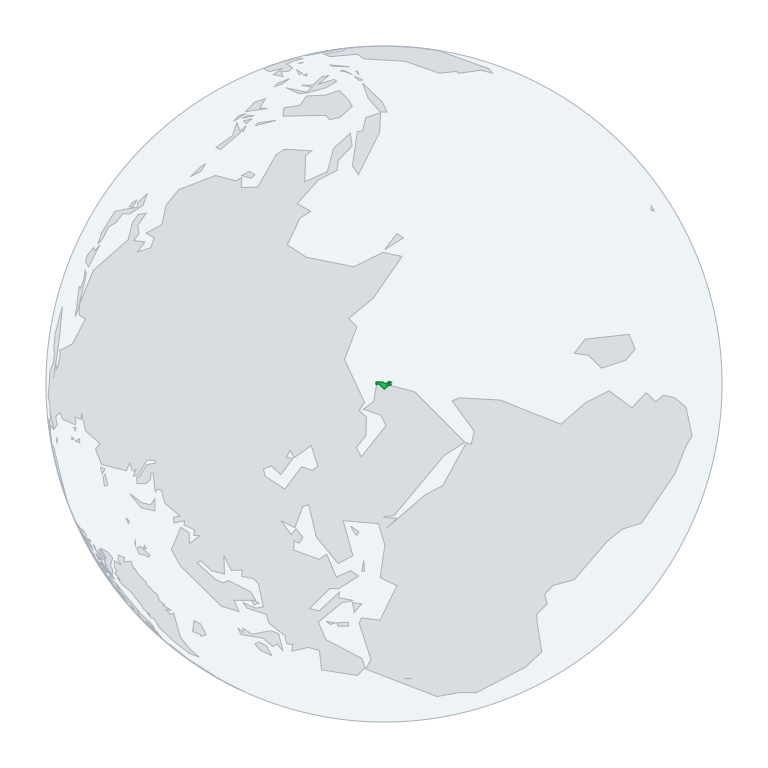 Ash Sharqiyah South highlighted on a globe, orthographic projection, rotated 244°
{"feature_id": "OMN-2406", "entity_name": "Ash Sharqiyah South", "entity_type": "Region", "adm_level": 1, "iso_a3": "OMN", "parent_name": "Oman", "parent_adm1": "", "projection": "orthographic", "projection_center": [58.929, 21.395], "detail": "fine", "context": "on_globe", "style": "filled", "palette": "green", "viewbox_px": 768, "rotation_deg": 244, "n_neighbors": 0, "source": "natural_earth", "source_scale": "10m", "svg_char_len": 11495}
<svg xmlns="http://www.w3.org/2000/svg" viewBox="0 0 768 768"><g transform="rotate(244 384 384)"><circle cx="384" cy="384" r="338" fill="#eef3f6" stroke="#a8b0b8"/><path d="M497.9,65.8L495.2,64.9L479.4,59.9L476.0,58.9L485.1,61.8L485.9,62.7L473.1,58.4L473.2,59.8L446.7,53.8L416.4,47.7L397.9,46.6L367.9,46.5L394.3,46.2L420.7,48.1L446.9,52.0L472.6,57.9L497.9,65.8ZM356.5,47.2L340.9,48.8L335.0,49.8L329.0,50.6L329.5,50.8L336.1,50.0L338.5,50.1L335.7,50.9L327.5,51.6L327.8,51.4L323.9,52.1L321.0,52.3L320.8,52.7L311.3,54.2L316.4,54.1L305.2,56.5L300.1,57.2L306.3,55.3L307.2,54.9L331.7,50.1L356.5,47.2ZM274.7,64.3L277.0,63.5L269.2,66.3L256.1,71.5L247.1,75.1L241.1,77.9L244.6,76.9L223.0,87.2L200.4,101.0L195.5,104.1L195.0,103.9L220.3,88.4L247.0,75.1L274.7,64.3ZM498.9,66.6L499.5,67.2L496.2,65.6L498.9,66.6ZM301.9,56.2L304.0,55.8L285.9,60.7L290.1,59.4L301.9,56.2ZM498.0,67.0L499.6,69.6L506.4,72.0L487.9,67.5L492.7,66.2L487.6,63.6L493.9,65.9L498.0,67.0ZM339.4,49.5L332.3,50.3L340.9,49.1L339.4,49.5ZM344.3,48.7L367.3,46.5L376.5,46.3L366.9,46.7L380.9,46.5L374.1,47.4L364.9,47.7L360.3,47.5L361.2,48.2L344.3,48.7ZM477.4,65.1L475.4,65.3L474.5,64.2L477.4,65.1ZM340.2,50.0L344.0,49.3L352.2,48.9L346.0,50.4L345.3,49.9L340.2,50.0ZM387.9,46.4L392.9,46.8L388.8,47.4L390.1,47.8L374.7,47.5L387.9,46.4ZM342.0,50.4L342.7,51.2L336.2,52.3L337.0,50.8L342.0,50.4ZM356.9,48.3L360.5,48.4L356.5,48.7L356.9,48.3ZM313.7,57.6L318.1,56.0L322.7,55.6L313.7,57.6ZM343.4,51.5L345.6,51.1L347.9,51.0L347.0,51.8L343.4,51.5ZM372.8,48.3L370.1,48.7L378.9,48.4L376.2,49.4L366.4,49.2L369.5,49.7L368.6,50.1L361.5,49.6L372.8,48.3ZM353.1,52.3L339.6,53.2L330.5,55.8L326.1,56.1L341.6,52.0L353.1,52.3ZM358.7,50.7L354.2,51.6L351.0,51.2L352.1,50.3L358.7,50.7ZM377.9,50.4L384.6,48.8L386.5,49.0L377.9,50.4ZM351.0,53.0L354.3,52.8L350.8,53.2L351.0,53.0ZM370.3,51.1L372.5,50.4L374.6,50.6L370.3,51.1ZM359.1,53.3L354.8,53.4L355.3,52.7L359.1,53.3ZM364.8,52.3L367.2,52.8L358.2,52.3L365.4,51.9L364.8,52.3ZM372.0,51.4L373.9,51.3L370.8,51.7L372.0,51.4ZM359.4,56.6L347.9,56.2L349.2,54.3L360.2,54.8L359.4,56.6ZM67.5,387.0L66.1,331.7L73.7,316.4L79.9,294.6L135.8,242.6L142.2,251.5L180.0,256.9L183.7,261.3L173.4,276.8L197.0,307.2L211.6,295.7L238.9,314.2L260.8,317.8L279.1,287.4L243.2,280.7L242.8,264.1L276.3,256.1L308.5,263.4L309.4,257.3L293.9,240.9L306.3,231.6L289.1,234.5L292.4,241.4L281.7,243.9L278.1,237.8L282.6,234.5L274.3,230.1L254.9,248.7L256.1,257.8L231.3,256.5L231.0,271.8L222.5,277.1L219.9,253.3L223.9,245.7L214.9,218.7L208.4,226.2L216.5,252.7L211.7,249.6L202.9,261.6L205.9,250.0L198.8,220.6L179.8,219.7L146.8,243.9L137.5,242.6L133.7,232.4L154.4,202.6L172.9,209.2L180.5,200.3L184.3,184.0L189.6,187.9L193.4,182.5L201.1,184.9L219.4,175.7L228.3,177.3L242.6,162.5L249.2,161.7L238.8,170.4L236.4,177.9L259.6,183.6L266.1,181.4L273.6,171.7L279.0,175.1L283.3,165.1L300.1,164.9L283.1,157.3L291.4,147.4L305.4,141.8L305.1,137.6L282.3,146.8L276.0,152.0L275.3,158.3L255.4,173.1L245.9,173.8L255.3,154.4L242.9,153.9L255.6,140.4L309.5,121.4L328.3,120.3L344.2,138.4L335.8,143.5L325.8,139.2L328.4,152.0L331.4,146.6L335.9,150.0L344.9,142.6L348.6,144.7L351.1,134.5L356.5,136.3L354.8,142.7L372.9,134.8L386.2,137.3L388.6,134.6L387.3,131.1L405.0,137.4L405.9,135.3L400.5,132.2L398.8,126.2L402.8,118.3L408.7,120.9L408.1,124.1L415.6,135.3L413.0,144.2L415.9,144.6L419.5,137.6L410.3,123.7L411.0,118.4L416.7,124.2L414.7,121.7L416.9,119.9L424.6,120.8L419.0,114.4L435.3,95.0L451.8,96.1L455.1,102.7L472.7,95.3L490.0,99.2L484.9,96.1L490.0,91.8L484.6,90.4L482.6,88.7L493.1,79.7L500.1,80.4L498.9,75.1L496.3,73.8L491.0,72.8L487.9,67.5L506.4,72.0L511.4,74.6L519.6,76.5L529.7,82.6L541.9,89.3L548.1,96.3L557.2,101.8L559.4,102.0L573.4,110.5L594.6,128.8L567.8,112.6L534.1,89.6L547.0,98.3L541.2,96.3L544.1,99.7L553.5,106.5L556.3,107.2L556.6,121.6L573.5,144.1L579.3,140.2L589.1,145.2L613.4,172.3L625.9,217.4L639.2,228.5L644.1,237.4L641.7,245.1L634.5,232.2L626.5,229.6L622.7,221.7L616.5,231.3L610.8,220.5L608.7,234.2L616.3,241.6L623.9,236.4L624.5,254.1L640.1,266.4L648.7,284.9L645.2,324.1L631.4,340.1L632.0,346.6L623.1,341.8L616.4,356.9L637.3,387.4L638.5,397.5L625.3,421.3L624.0,413.9L600.4,401.3L599.7,426.3L617.8,441.9L624.1,463.6L611.9,459.7L605.0,440.8L596.6,435.7L596.2,414.4L584.1,385.0L571.5,393.8L569.9,381.1L551.4,358.1L531.8,369.9L502.6,408.2L502.7,440.7L490.8,456.1L465.9,412.0L458.5,381.0L447.2,384.7L423.5,359.3L375.9,358.4L371.2,350.1L361.8,353.7L345.5,345.0L339.2,331.3L328.4,331.6L345.7,367.7L357.5,367.5L370.4,354.4L372.8,367.1L388.8,378.6L363.4,408.3L296.2,431.1L293.3,406.5L261.3,335.2L264.3,327.9L264.3,327.1L264.2,325.5L257.5,337.0L253.2,323.1L266.3,372.1L266.9,392.3L295.2,432.4L291.6,435.9L301.8,444.4L339.0,437.9L338.4,445.9L318.6,481.4L270.3,525.3L278.9,557.6L279.2,583.3L253.9,596.3L261.2,615.8L248.9,620.1L251.4,630.3L244.3,639.1L230.7,645.3L202.2,638.1L196.4,628.7L176.1,606.6L146.1,554.4L149.1,534.4L144.9,516.0L124.7,469.1L128.8,447.7L124.4,436.1L114.8,434.5L110.2,420.6L104.7,417.8L74.1,408.3L67.5,387.0ZM110.3,273.4L107.3,279.5L110.3,273.4ZM338.7,288.4L360.5,291.6L357.2,270.8L365.3,270.6L361.3,264.0L356.9,269.3L347.9,251.6L359.6,246.8L360.3,238.3L353.0,236.9L333.0,248.8L345.7,273.7L338.0,281.4L338.7,288.4ZM187.8,108.9L193.6,105.2L187.6,109.1L177.5,116.8L168.9,123.5L175.1,118.5L173.6,119.6L175.0,118.4L187.8,108.9ZM206.8,154.0L207.0,158.4L200.4,163.5L189.1,164.1L198.5,156.3L206.8,154.0ZM208.8,163.7L221.3,145.7L228.8,145.5L222.5,148.5L226.2,150.2L217.0,155.6L211.9,174.0L205.8,179.9L188.3,176.2L197.4,173.7L196.7,169.1L208.8,163.7ZM239.9,108.8L245.4,103.4L254.6,109.6L248.4,114.1L236.7,114.3L237.2,109.1L239.9,108.8ZM291.0,60.5L292.5,59.7L294.8,59.2L295.3,59.5L291.0,60.5ZM315.3,56.9L286.7,64.2L287.0,63.4L269.9,69.9L264.0,70.6L275.3,66.2L257.9,72.1L265.7,68.5L253.9,73.0L279.6,63.1L286.0,60.8L281.2,62.9L286.4,62.2L290.6,61.2L307.1,57.0L323.3,52.7L331.1,52.1L332.3,52.9L329.6,53.8L325.4,53.7L324.8,55.0L316.7,55.7L315.3,56.9ZM341.9,74.7L338.1,72.0L335.6,79.0L327.4,78.0L327.6,78.9L319.4,80.1L309.7,83.5L306.9,82.5L304.4,84.4L298.9,85.6L294.4,87.9L287.8,87.3L281.8,90.2L282.0,88.3L273.6,93.7L276.9,89.5L270.1,91.3L270.5,94.5L245.3,90.0L232.2,92.9L219.4,98.2L226.8,91.4L243.5,82.9L263.3,75.4L274.9,74.1L276.1,71.9L282.0,70.8L278.6,73.0L287.4,69.1L291.4,69.0L309.0,65.1L319.4,60.6L326.1,59.5L324.0,61.3L332.2,59.0L332.8,61.8L337.7,61.3L343.1,64.1L336.3,68.5L342.3,67.7L346.7,70.3L341.9,74.7ZM360.5,57.4L354.3,61.9L346.8,63.9L340.4,58.4L335.9,58.5L331.6,56.1L342.6,53.5L342.8,54.3L345.6,54.6L341.0,55.3L346.8,55.0L347.3,56.3L351.9,56.6L348.6,57.9L360.5,57.4ZM191.6,256.7L195.2,258.6L201.6,259.6L196.2,267.7L191.6,256.7ZM186.3,236.7L190.1,236.7L185.5,247.6L181.9,246.0L186.3,236.7ZM196.0,227.9L190.6,235.8L191.3,230.6L196.0,227.9ZM242.7,170.2L247.2,170.1L246.2,172.5L241.9,175.5L242.7,170.2ZM332.6,98.6L331.6,96.0L333.9,95.3L338.6,89.2L345.0,89.9L344.7,94.0L332.6,98.6ZM270.8,291.8L262.2,296.7L259.9,293.2L263.3,292.1L270.8,291.8ZM225.7,282.1L234.2,288.4L224.1,284.3L225.7,282.1ZM340.4,98.4L341.5,95.7L344.0,97.9L340.4,98.4ZM349.9,90.3L353.5,92.2L346.3,89.4L349.9,90.3ZM422.8,700.3L427.0,702.2L421.2,702.7L422.8,700.3ZM336.1,584.3L321.2,626.1L305.3,624.9L299.4,612.2L302.9,586.5L320.3,580.3L328.1,568.5L336.1,584.3ZM672.7,497.0L677.4,495.8L677.0,497.3L672.7,497.0ZM667.9,494.6L673.8,492.2L666.4,498.3L667.9,494.6ZM676.1,491.3L682.0,485.5L684.6,481.8L683.8,485.1L676.1,491.3ZM663.7,496.6L638.0,506.1L627.1,505.9L630.3,499.8L648.0,495.1L663.7,496.6ZM629.4,499.9L611.9,490.2L583.4,452.8L593.7,451.2L622.6,470.7L620.9,475.8L631.5,484.5L629.4,499.9ZM669.3,458.1L667.4,472.6L653.9,476.9L647.4,477.1L642.9,460.9L645.5,451.0L651.0,449.3L669.1,410.5L676.1,415.2L671.3,430.8L676.8,440.5L669.3,458.1ZM504.5,443.5L513.6,461.5L506.7,465.4L504.5,443.5ZM673.9,385.6L668.3,402.4L672.6,381.3L673.9,385.6ZM674.9,366.8L676.5,373.4L672.5,368.1L674.9,366.8ZM634.2,356.1L628.5,359.7L627.1,354.9L633.6,347.5L634.2,356.1ZM655.2,300.9L659.7,315.0L660.2,320.3L655.4,312.7L655.2,300.9ZM396.9,107.4L383.3,114.4L377.7,121.4L381.3,127.7L370.4,122.5L379.0,111.7L396.9,107.4ZM429.9,95.9L426.7,91.4L431.9,92.1L433.4,93.2L429.9,95.9ZM425.3,94.1L414.3,91.3L414.9,88.0L423.5,90.8L425.3,94.1ZM377.0,93.3L372.5,95.1L370.6,93.1L377.0,93.3ZM659.1,580.2L659.4,579.9L658.6,580.2L621.3,616.6L616.0,617.7L623.5,608.7L630.7,586.9L633.1,586.3L639.2,569.9L664.7,544.6L685.0,508.5L692.1,504.6L701.8,479.2L706.9,474.6L701.5,493.1L702.2,497.5L714.0,455.8L711.6,466.8L704.6,490.9L695.7,514.4L685.2,537.2L673.0,559.2L659.1,580.2ZM684.2,492.1L691.7,477.7L694.8,474.8L684.2,492.1ZM717.8,436.6L718.0,434.7L715.4,448.3L711.8,454.0L713.8,445.9L714.2,437.0L708.1,440.3L706.9,435.4L709.8,428.5L704.6,428.1L710.5,420.1L712.1,431.2L715.0,417.9L718.3,415.3L720.2,414.5L720.2,418.5L717.8,436.6ZM708.8,449.0L709.7,448.1L708.5,452.9L708.8,449.0ZM697.0,447.1L696.5,451.0L694.7,449.4L697.0,447.1ZM699.5,443.3L704.5,443.4L698.9,446.8L699.5,443.3ZM680.3,442.0L682.3,449.6L688.8,440.6L683.8,451.2L687.3,463.1L685.5,469.2L682.2,456.2L679.6,472.9L676.6,474.0L675.8,461.2L679.3,443.1L682.2,434.8L693.4,425.7L680.3,442.0ZM699.8,432.8L698.3,423.7L699.3,416.2L701.0,420.4L699.8,432.8ZM692.3,402.4L686.6,393.3L682.7,400.1L689.4,379.1L694.0,391.2L692.3,402.4ZM685.5,379.0L682.0,385.2L684.8,373.5L685.5,379.0ZM680.3,381.9L678.5,374.0L682.0,373.4L680.3,381.9ZM687.6,378.2L686.0,364.1L689.0,371.3L687.6,378.2ZM673.6,356.7L683.3,366.3L672.9,365.4L666.4,339.4L670.4,336.8L673.6,356.7ZM657.5,242.4L653.1,235.9L655.0,232.6L657.5,237.9L657.5,242.4ZM657.2,218.1L654.1,229.6L650.9,240.1L654.7,242.0L659.0,254.9L650.2,245.7L648.3,229.8L651.7,224.2L646.7,214.0L645.9,205.3L637.5,194.1L635.4,188.2L644.0,196.9L657.2,218.1ZM633.7,189.6L618.9,169.9L625.0,169.5L629.7,173.7L633.9,182.7L630.4,182.3L633.7,189.6ZM617.1,165.2L613.6,164.9L584.3,141.0L579.7,136.1L605.2,152.7L603.2,153.5L609.3,159.9L617.1,165.2ZM479.0,66.5L475.8,65.4L479.0,65.9L479.0,66.5ZM479.5,88.1L477.3,85.9L481.2,86.1L479.5,88.1ZM473.2,80.2L470.4,81.4L470.9,79.0L473.2,80.2ZM464.4,84.7L468.1,81.4L468.1,86.2L464.4,84.7Z" fill="#d9dde1" stroke="#a8b0b8" stroke-width="1"/><path d="M387.0,376.8L387.3,377.0L387.2,377.0L387.3,377.2L387.8,377.0L388.2,377.2L388.3,377.2L388.3,377.3L388.4,377.5L388.5,377.5L388.5,377.4L388.4,377.3L388.4,377.2L388.5,377.2L388.8,377.3L389.0,377.6L389.0,377.8L388.9,378.8L388.8,379.0L388.7,379.2L388.4,379.7L388.2,379.8L388.1,380.0L388.0,380.5L387.9,380.9L387.7,381.0L387.5,381.3L387.1,381.9L387.0,382.4L386.8,382.6L386.3,383.5L386.2,383.7L385.5,384.1L385.3,384.2L384.7,384.7L383.9,385.5L383.7,385.8L383.5,386.1L383.3,386.4L383.3,386.6L383.2,386.8L382.9,387.0L383.0,387.1L382.9,387.2L382.6,387.3L382.6,387.5L382.8,387.6L382.8,387.8L382.7,387.9L382.5,388.1L382.4,388.1L382.3,388.3L382.2,388.3L382.1,388.6L382.0,388.9L381.9,389.2L381.8,389.4L381.8,389.5L381.7,389.7L381.7,389.8L381.4,390.0L381.2,390.1L380.9,390.0L380.7,390.0L380.4,390.0L380.4,389.9L380.2,389.9L380.0,389.7L380.1,389.3L380.2,389.2L380.3,389.1L380.3,388.9L380.3,388.6L381.1,386.1L380.5,385.8L379.9,384.0L379.4,382.1L380.8,381.6L382.2,381.1L383.4,380.6L384.7,380.2L385.9,379.6L386.5,379.2L386.8,378.5L386.8,377.7L386.7,377.4L386.7,377.1L387.0,376.8ZM383.9,388.5L383.9,388.8L384.1,389.1L384.1,389.3L383.9,389.4L383.6,389.6L383.4,389.8L383.3,390.0L383.3,390.3L383.2,390.4L383.2,390.5L383.0,390.8L382.9,390.9L382.9,391.0L382.7,391.0L382.4,391.2L382.4,390.9L382.4,390.7L382.4,390.1L382.5,390.0L382.5,389.9L382.7,389.7L382.8,389.6L383.0,389.6L383.2,389.4L383.2,389.2L383.3,389.0L383.6,388.6L383.7,388.4L383.7,388.2L383.8,388.1L383.9,388.3L383.9,388.5Z" fill="#22c55e" stroke="#15803d" stroke-width="1.5"/></g></svg>